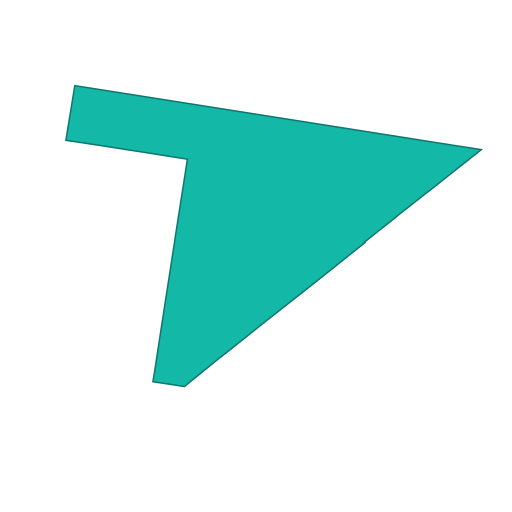 the district of 12 de Octubre, Chaco, Argentina, rotated 99°
{"feature_id": "61730980B24915383692166", "entity_name": "12 de Octubre", "entity_type": "district", "adm_level": 2, "iso_a3": "ARG", "parent_name": "Argentina", "parent_adm1": "Chaco", "projection": "equal_earth", "projection_center": [-61.395, -27.324], "detail": "fine", "context": "isolated", "style": "filled", "palette": "teal", "viewbox_px": 512, "rotation_deg": 99, "n_neighbors": 0, "source": "geoboundaries", "source_scale": "gbopen_adm2", "svg_char_len": 879}
<svg xmlns="http://www.w3.org/2000/svg" viewBox="0 0 512 512"><g transform="rotate(99 256 256)"><path d="M171.5,461.9L171.5,461.5L171.2,425.6L171.2,420.4L171.1,355.5L171.1,338.9L178.8,338.9L189.3,338.8L190.1,338.9L193.2,338.8L215.9,338.8L251.9,338.7L257.2,338.6L263.2,338.6L265.3,338.6L266.0,338.6L273.3,338.6L289.3,338.5L291.2,338.5L320.0,338.4L321.7,338.4L339.0,338.3L343.3,338.3L386.1,338.1L396.3,338.2L396.3,337.2L396.1,306.2L393.2,303.7L370.9,283.7L367.8,280.9L364.6,278.0L340.5,255.8L323.4,240.3L320.3,237.4L318.0,235.3L289.9,209.3L288.7,208.2L287.8,207.3L270.9,191.7L244.6,167.7L241.5,164.9L225.8,150.5L225.4,151.1L205.2,132.6L196.8,124.8L193.6,122.1L168.2,98.6L161.9,92.6L158.0,89.0L138.8,71.4L136.0,68.8L129.0,62.3L123.8,57.6L117.5,51.7L115.7,50.1L115.7,64.4L115.8,79.8L116.1,461.6L116.3,461.6L171.5,461.9Z" fill="#14b8a6" stroke="#0f766e" stroke-width="1.5"/></g></svg>